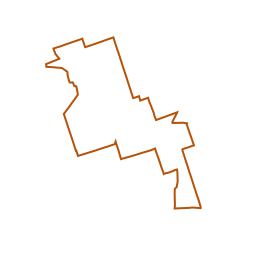 outline of Cioroiasi, Dolj, Romania, rotated 251°
{"feature_id": "2599482B92829335126895", "entity_name": "Cioroiasi", "entity_type": "district", "adm_level": 2, "iso_a3": "ROU", "parent_name": "Romania", "parent_adm1": "Dolj", "projection": "mercator", "projection_center": [23.45, 44.084], "detail": "fine", "context": "isolated", "style": "outline", "palette": "amber", "viewbox_px": 256, "rotation_deg": 251, "n_neighbors": 0, "source": "geoboundaries", "source_scale": "gbopen_adm2", "svg_char_len": 3819}
<svg xmlns="http://www.w3.org/2000/svg" viewBox="0 0 256 256"><g transform="rotate(251 128 128)"><path d="M90.1,184.7L90.9,184.7L93.0,184.7L93.7,184.7L94.4,184.7L95.3,184.7L96.1,184.7L97.4,184.7L98.9,184.7L99.7,184.7L100.8,184.7L102.6,184.6L103.7,184.7L104.6,184.7L108.8,184.7L111.6,184.7L112.2,184.7L112.5,184.7L112.6,184.8L112.8,184.9L112.9,185.0L113.3,185.3L113.9,183.9L114.8,182.3L115.0,181.9L115.3,181.0L116.1,178.4L117.0,175.6L118.2,171.9L118.3,171.7L118.7,171.7L119.2,171.9L119.5,172.2L120.6,173.2L121.4,174.1L123.0,175.8L124.6,177.4L126.1,179.0L126.8,179.6L126.4,157.1L130.2,157.0L130.4,156.9L131.3,157.0L132.2,157.1L134.0,157.2L134.9,157.2L136.3,157.2L137.5,157.1L138.2,157.0L139.2,157.0L141.6,157.0L143.1,156.9L143.7,156.8L144.3,156.8L144.8,156.7L145.2,156.7L146.1,156.7L147.2,156.7L148.3,156.8L149.2,156.8L150.0,156.9L150.0,152.1L149.9,148.5L154.5,148.8L154.5,148.4L154.5,147.2L154.5,145.4L154.5,144.0L154.6,142.6L155.5,142.6L157.0,142.7L158.7,142.7L161.7,142.7L164.8,142.8L171.1,142.9L174.9,143.0L181.2,143.1L185.2,143.1L194.4,143.3L195.4,143.3L196.0,143.3L196.5,143.3L197.0,143.3L197.6,143.4L197.8,143.3L198.1,143.4L198.9,143.4L199.4,143.4L199.7,143.4L201.4,143.4L203.8,143.5L204.5,143.5L204.8,143.4L205.1,143.4L205.5,143.4L206.2,143.4L207.6,143.5L208.5,143.4L209.4,143.5L209.9,143.5L211.7,143.5L213.2,143.5L215.9,143.6L218.4,143.7L218.4,143.3L218.4,142.8L218.4,142.7L218.4,142.3L218.4,142.1L218.4,141.6L218.4,140.7L218.4,140.2L218.4,139.8L218.4,139.6L218.4,138.7L218.4,138.2L218.4,137.8L218.4,136.2L218.4,134.7L218.3,132.6L218.3,132.0L218.3,131.0L218.3,129.7L218.3,128.4L218.3,126.9L218.3,126.3L218.3,124.5L218.3,122.1L218.3,120.9L218.3,120.1L218.3,116.8L218.4,113.8L218.7,113.8L225.2,113.8L227.3,113.9L227.3,113.5L227.3,111.7L227.3,108.9L227.3,98.6L227.3,96.0L227.2,89.8L227.4,85.5L227.4,83.4L226.1,83.4L222.5,83.5L221.8,83.5L221.6,83.5L218.1,84.8L216.4,85.4L215.8,85.6L215.1,71.4L214.1,71.2L213.5,71.0L212.5,70.7L212.4,70.8L209.7,77.3L208.4,80.1L206.5,84.5L206.0,85.3L203.6,87.0L201.1,88.8L200.7,89.0L197.8,88.1L196.5,88.0L194.4,87.8L191.2,87.6L190.2,87.7L189.5,88.7L189.2,90.6L187.3,90.8L185.3,90.9L184.9,91.9L184.5,91.9L184.1,92.7L182.6,92.5L178.4,91.9L175.8,91.4L172.3,86.6L170.4,83.8L167.1,79.2L165.3,76.5L163.3,73.6L162.2,71.9L157.3,71.8L131.3,71.5L123.5,71.3L123.5,71.7L119.3,71.7L117.9,71.6L117.3,90.1L117.3,93.6L117.3,95.6L117.2,97.7L117.2,100.5L117.1,101.6L117.1,102.9L117.1,108.1L117.0,110.3L118.7,111.4L119.3,111.9L116.9,111.8L109.7,111.7L103.8,111.4L102.0,111.3L101.5,111.3L100.8,111.3L100.8,114.0L100.6,116.7L100.1,125.8L99.9,134.3L99.7,137.6L99.5,142.4L99.8,146.9L98.8,146.9L97.8,146.8L87.5,146.9L85.3,146.9L83.8,146.9L81.7,146.8L77.9,146.8L76.9,146.9L75.4,146.9L73.6,146.9L72.8,146.9L72.9,147.6L72.9,147.8L72.9,148.5L72.9,148.8L72.9,149.2L72.9,149.4L72.9,149.6L72.9,149.9L72.8,150.1L72.7,150.3L72.7,150.5L72.6,151.1L72.6,151.3L72.6,152.8L72.7,155.3L72.7,156.7L72.7,157.1L72.8,157.6L73.0,157.9L73.0,158.5L72.9,160.5L72.8,160.9L72.5,160.8L69.4,160.1L65.0,158.7L62.5,157.9L61.6,157.7L61.3,157.5L60.7,157.3L60.1,156.9L59.2,156.4L58.4,155.9L57.9,155.7L57.7,155.6L57.1,155.2L56.8,155.1L56.4,154.9L56.0,154.1L55.5,153.0L55.1,152.4L54.7,152.2L53.6,151.8L51.8,151.1L50.1,150.5L49.0,150.2L48.2,149.9L46.2,149.3L43.5,148.4L43.3,148.4L43.1,148.3L41.8,147.9L41.0,147.6L40.7,147.6L40.3,147.5L40.1,147.4L38.6,146.7L37.9,146.4L36.7,145.9L36.3,147.4L33.3,157.3L32.4,160.5L32.1,161.9L32.0,162.6L31.5,163.8L28.7,170.4L28.6,170.6L29.5,171.0L32.4,171.1L35.2,171.2L36.4,171.3L37.9,171.3L40.3,171.3L45.1,171.3L47.0,171.4L49.8,171.4L53.0,171.5L56.7,171.6L59.1,171.6L62.0,171.7L65.5,171.7L70.3,171.8L72.5,171.9L74.4,171.9L80.5,172.0L89.4,172.2L89.7,172.2L89.8,172.3L90.0,172.4L90.1,172.6L90.2,172.8L90.2,173.1L90.2,174.8L90.1,177.8L90.2,182.4L90.1,184.7Z" fill="none" stroke="#b45309" stroke-width="2"/></g></svg>